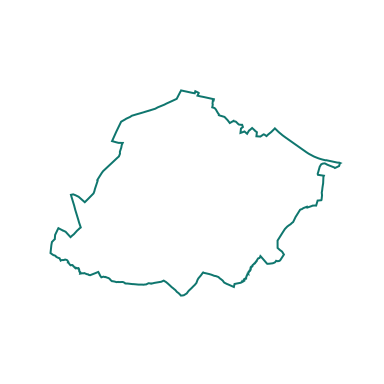 Cēres pag., Kandavas, Latvia (orthographic projection), rotated 168°
{"feature_id": "27541924B40515635146837", "entity_name": "Cēres pag.", "entity_type": "district", "adm_level": 2, "iso_a3": "LVA", "parent_name": "Latvia", "parent_adm1": "Kandavas", "projection": "orthographic", "projection_center": [22.846, 57.111], "detail": "fine", "context": "isolated", "style": "outline", "palette": "teal", "viewbox_px": 384, "rotation_deg": 168, "n_neighbors": 0, "source": "geoboundaries", "source_scale": "gbopen_adm2", "svg_char_len": 5750}
<svg xmlns="http://www.w3.org/2000/svg" viewBox="0 0 384 384"><g transform="rotate(168 192 192)"><path d="M167.9,289.7L168.8,288.0L169.6,288.3L171.5,289.1L181.5,293.6L181.6,293.4L182.6,292.4L187.6,286.3L192.8,285.1L198.7,283.8L200.8,283.2L208.0,281.9L210.6,281.1L214.0,280.8L225.7,279.8L230.1,279.5L233.9,279.2L235.0,279.1L237.0,278.3L241.0,277.4L242.6,276.8L246.7,275.5L253.6,266.6L259.6,258.4L256.2,256.6L253.8,255.4L249.6,254.4L251.0,252.5L252.0,250.0L252.1,249.9L254.2,246.3L254.5,244.4L256.1,242.0L258.7,240.5L262.8,238.0L274.6,230.9L276.3,229.4L280.6,225.0L282.2,223.3L281.9,222.7L284.4,218.4L286.4,215.0L287.3,213.1L288.6,211.1L295.4,206.6L299.0,204.3L303.9,210.9L306.7,213.1L308.7,214.4L311.0,214.4L310.9,212.7L310.4,206.7L310.1,203.3L309.9,198.8L309.0,188.4L308.8,185.5L308.2,180.6L308.2,180.4L309.8,179.7L310.0,179.6L310.1,179.4L312.4,178.1L316.4,175.2L318.2,174.3L320.2,173.1L323.9,179.4L326.4,181.3L326.6,181.3L326.7,181.5L329.4,183.7L329.6,183.9L330.2,184.4L331.1,183.3L334.8,178.5L335.8,175.2L336.0,174.4L337.2,173.7L339.4,172.2L340.6,169.3L343.1,161.7L341.5,159.9L340.6,159.0L339.5,158.5L339.0,158.0L338.7,157.8L338.6,157.3L338.3,156.9L337.7,156.3L336.5,155.4L335.8,155.0L335.3,154.7L335.1,153.6L334.9,153.1L334.8,152.8L334.7,152.2L333.8,152.5L331.6,152.1L330.2,152.3L329.9,152.2L328.6,151.5L328.0,150.7L327.8,149.9L327.5,149.2L327.9,148.8L327.5,148.6L327.2,147.8L326.5,146.2L325.8,145.5L325.5,145.7L324.1,145.4L323.7,144.6L323.4,144.2L323.4,143.9L323.0,143.5L322.3,142.2L321.9,141.9L321.7,142.0L321.6,141.5L321.3,141.5L321.2,141.6L320.8,141.7L320.3,141.3L320.2,141.2L319.6,141.3L318.9,141.2L318.7,140.8L318.8,140.3L318.6,140.2L318.5,139.6L318.6,138.7L318.8,138.3L318.6,138.1L318.3,137.5L318.4,137.1L318.2,136.9L318.3,136.7L317.8,136.4L317.8,136.0L318.0,135.7L318.3,135.6L318.4,135.4L316.1,135.3L315.1,135.0L314.3,135.1L311.8,133.4L310.8,133.1L310.4,132.5L309.0,131.8L304.1,132.6L300.3,133.3L300.0,132.4L299.2,129.2L298.4,127.4L296.2,127.6L294.7,126.8L294.3,126.9L292.7,125.8L291.6,125.2L290.7,124.3L289.8,122.6L288.8,121.4L288.1,121.2L286.4,120.5L284.5,119.5L282.9,119.4L282.4,119.1L280.7,118.8L279.7,118.6L278.5,118.4L278.0,118.1L276.8,117.2L276.3,116.4L273.9,115.8L269.4,114.3L268.2,114.0L263.4,112.5L261.9,112.2L260.0,111.8L258.8,111.4L257.0,111.3L256.2,111.1L253.5,111.8L252.8,111.6L251.4,111.1L250.7,111.0L250.7,110.8L247.5,110.9L240.7,110.6L238.1,111.2L237.6,110.7L236.2,109.4L234.9,107.8L232.9,105.0L231.6,103.1L230.3,101.6L229.5,100.5L228.7,99.6L227.6,97.5L226.9,96.7L226.1,95.8L225.0,94.1L224.4,93.0L223.1,92.8L221.5,92.7L218.2,93.9L216.9,95.1L215.7,96.1L212.4,98.1L210.0,99.7L208.8,100.4L206.6,102.1L206.0,103.1L204.7,105.1L203.6,106.3L200.6,108.6L199.7,109.4L198.4,110.6L197.8,111.0L197.1,110.4L196.2,110.0L195.3,109.6L192.3,108.2L190.1,107.0L187.7,105.4L186.0,104.7L183.8,103.3L182.8,101.8L181.8,100.7L180.4,99.0L179.4,96.8L178.6,96.1L176.6,94.5L176.2,94.3L170.8,90.4L169.5,93.2L163.1,93.1L162.9,93.2L161.9,93.8L161.7,93.5L161.4,93.6L161.3,94.0L161.0,93.7L160.4,93.9L160.2,94.3L159.6,94.3L159.6,94.8L159.3,94.7L159.2,95.5L158.8,95.4L158.6,96.1L158.4,96.2L157.5,96.0L157.3,96.4L157.0,96.3L156.8,97.0L156.7,97.3L156.4,97.9L156.0,98.6L155.7,98.7L155.4,99.3L155.0,100.0L154.6,100.1L154.5,100.4L154.0,100.0L154.0,100.5L153.4,101.5L153.4,101.8L153.3,102.1L152.9,102.2L152.5,102.7L152.4,102.6L152.2,102.9L151.9,102.8L151.7,103.4L151.2,103.4L151.0,103.9L150.7,104.0L150.5,104.5L150.5,104.8L150.3,105.2L150.6,105.4L150.5,105.6L150.3,106.0L150.0,106.0L149.9,106.2L149.7,106.2L149.6,106.6L149.3,106.6L149.2,106.5L148.6,106.6L148.4,106.7L148.4,107.3L148.1,107.5L147.9,107.8L147.8,108.0L147.3,108.2L147.1,108.3L146.6,108.5L146.3,108.7L146.4,108.8L146.2,109.0L145.5,109.1L145.5,109.3L144.9,109.8L144.7,109.7L144.6,109.8L144.4,109.9L144.0,110.5L143.8,110.5L143.5,110.9L143.3,110.9L143.3,111.0L143.2,111.1L143.1,111.3L141.8,112.6L141.7,112.8L141.1,113.3L140.6,113.3L140.3,113.4L140.1,113.5L139.7,113.4L139.6,113.5L138.9,114.3L138.4,115.1L138.2,114.8L136.8,112.3L133.5,106.3L133.3,106.1L131.4,105.8L128.0,105.5L126.9,105.6L125.4,106.0L124.3,106.8L124.0,107.2L123.2,106.8L122.6,106.5L121.2,106.4L120.0,106.8L115.1,111.7L116.3,115.0L118.1,117.0L119.9,119.5L118.4,126.7L111.8,133.5L108.8,136.5L106.0,138.4L103.8,139.4L103.0,139.7L102.4,139.9L100.8,140.9L99.3,141.6L96.9,144.7L96.0,145.9L90.0,152.1L89.5,152.3L88.1,152.4L86.4,153.1L82.6,153.7L82.5,152.8L77.6,153.4L76.9,153.6L75.0,153.3L73.4,152.9L70.9,157.5L67.6,157.1L67.2,157.1L66.9,157.5L65.5,161.7L65.2,164.4L64.3,166.7L63.5,169.1L62.6,171.5L61.9,173.3L61.7,174.1L60.3,179.5L60.2,179.6L59.6,180.5L65.2,182.6L65.3,183.6L61.8,190.2L59.9,192.2L58.2,192.6L56.2,192.4L55.3,191.7L54.2,190.8L54.1,190.6L53.9,190.5L47.1,186.0L47.1,185.8L46.9,185.8L42.8,186.8L42.1,187.9L42.0,188.2L41.6,188.9L41.4,189.2L41.2,189.3L40.9,189.4L41.9,190.1L43.6,190.5L54.1,195.2L54.7,195.2L57.0,196.3L58.2,196.9L60.4,198.1L61.7,198.9L63.8,200.3L65.0,201.1L66.0,201.9L68.0,203.6L69.0,204.4L70.0,205.3L71.9,207.2L89.3,226.0L91.0,227.9L91.7,228.7L92.7,230.0L93.6,231.1L94.3,232.0L95.1,233.1L97.7,237.0L98.4,236.5L102.0,234.2L105.4,232.5L107.5,231.2L109.2,233.1L110.0,233.5L113.6,232.0L117.4,233.1L116.1,237.0L117.6,238.7L117.8,239.2L119.9,242.1L122.9,240.4L123.4,240.3L126.0,237.5L128.1,240.3L129.9,240.0L132.3,239.7L130.9,243.9L128.7,245.0L128.9,246.7L129.0,247.3L131.0,247.8L132.3,248.4L134.4,251.6L135.2,252.1L136.7,252.6L136.7,252.9L140.7,251.6L142.2,254.8L144.6,258.7L149.4,261.3L149.8,261.6L149.6,262.6L149.9,263.1L150.2,263.7L151.2,266.7L151.4,267.5L152.1,268.9L152.6,269.5L154.6,270.6L153.5,273.2L153.6,274.0L152.6,277.1L151.9,276.9L151.3,278.2L160.8,282.5L163.9,283.8L166.6,285.1L165.3,286.8L164.8,287.4L165.2,287.9L167.7,289.8L167.8,289.6L167.9,289.7Z" fill="none" stroke="#0f766e" stroke-width="2"/></g></svg>